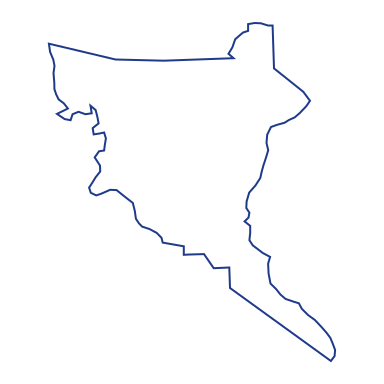 Ibicaré, Santa Catarina, Brazil (Albers equal-area conic projection)
{"feature_id": "56859067B58782294534610", "entity_name": "Ibicaré", "entity_type": "district", "adm_level": 2, "iso_a3": "BRA", "parent_name": "Brazil", "parent_adm1": "Santa Catarina", "projection": "albers", "projection_center": [-51.372, -27.115], "detail": "fine", "context": "isolated", "style": "outline", "palette": "blue", "viewbox_px": 384, "rotation_deg": 0, "n_neighbors": 0, "source": "geoboundaries", "source_scale": "gbopen_adm2", "svg_char_len": 1568}
<svg xmlns="http://www.w3.org/2000/svg" viewBox="0 0 384 384"><path d="M57.0,113.9L64.7,119.1L70.6,120.2L72.6,114.2L78.6,111.8L85.4,114.2L91.7,113.3L90.5,105.7L95.6,110.0L97.4,117.0L98.6,123.4L92.7,128.1L93.7,134.4L99.5,133.5L104.1,132.5L105.9,138.4L104.9,144.5L104.1,150.5L99.0,151.3L94.7,157.4L100.0,165.6L100.2,171.5L95.6,177.3L92.0,183.2L89.1,187.6L90.8,192.8L96.2,195.4L101.0,193.8L105.4,191.9L110.2,189.8L116.6,190.1L122.9,195.2L128.5,199.6L132.8,202.9L134.8,210.9L135.9,218.7L138.9,223.3L142.1,226.6L149.4,229.0L156.7,232.9L161.5,237.8L162.7,242.6L183.8,246.3L183.8,254.8L189.7,254.5L204.0,254.1L213.7,268.2L229.3,267.5L230.0,288.0L330.9,361.0L334.6,356.0L335.1,350.0L332.7,343.5L330.3,337.8L326.4,332.6L321.3,326.8L314.9,320.0L308.1,315.1L301.8,308.8L298.9,303.3L293.1,301.5L285.5,298.9L280.5,294.6L275.9,288.8L270.5,283.6L268.6,273.6L268.1,263.7L270.1,256.9L262.6,252.9L257.2,248.7L252.8,245.4L249.4,240.2L250.2,232.9L250.2,225.9L244.6,221.4L248.5,217.6L249.4,212.7L246.3,208.0L246.6,201.5L249.2,192.6L255.5,185.4L260.3,178.0L261.8,171.2L263.5,165.2L266.2,157.0L268.2,150.2L266.5,142.9L267.2,134.7L271.0,127.0L277.2,124.8L284.7,122.7L289.1,119.9L294.7,117.4L299.7,113.1L306.3,106.2L310.0,100.8L303.3,91.8L274.0,68.4L272.6,25.5L268.0,25.5L260.9,23.3L254.6,23.0L248.1,24.1L248.1,30.9L243.1,32.5L239.5,35.5L235.2,39.3L232.4,47.3L228.5,53.8L233.5,58.2L163.9,60.7L115.5,59.5L48.9,43.7L50.1,52.0L53.3,59.6L54.5,65.9L53.5,73.1L54.3,82.7L54.4,89.1L56.1,94.2L58.6,99.4L63.8,103.3L67.9,108.5L63.1,110.9L57.0,113.9Z" fill="none" stroke="#1e3a8a" stroke-width="2"/></svg>